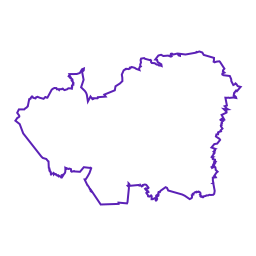 Chilpancingo de los Bravo, Guerrero, Mexico (Mercator projection)
{"feature_id": "50627088B70849430665629", "entity_name": "Chilpancingo de los Bravo", "entity_type": "district", "adm_level": 2, "iso_a3": "MEX", "parent_name": "Mexico", "parent_adm1": "Guerrero", "projection": "mercator", "projection_center": [-99.694, 17.392], "detail": "fine", "context": "isolated", "style": "outline", "palette": "violet", "viewbox_px": 256, "rotation_deg": 0, "n_neighbors": 0, "source": "geoboundaries", "source_scale": "gbopen_adm2", "svg_char_len": 5731}
<svg xmlns="http://www.w3.org/2000/svg" viewBox="0 0 256 256"><path d="M214.0,57.9L203.7,54.9L202.3,52.5L199.4,51.5L196.8,52.3L196.5,52.0L195.9,52.4L196.0,52.6L195.2,52.8L185.5,54.5L177.4,53.5L180.0,54.7L180.0,55.8L178.6,55.4L177.6,53.8L177.1,53.6L173.4,54.5L171.9,53.6L170.9,53.8L170.6,54.6L171.8,56.1L171.5,56.4L170.7,56.6L168.1,55.6L163.3,56.0L161.1,54.8L158.4,55.5L155.3,59.5L156.4,59.6L156.5,59.8L157.1,59.9L157.6,62.0L161.3,64.3L161.6,66.0L160.4,65.5L159.0,65.5L157.6,64.5L156.5,64.5L154.7,63.2L151.8,63.0L151.1,62.2L151.1,60.7L150.7,60.6L150.5,59.9L149.5,60.0L145.0,58.8L144.2,58.1L141.1,58.6L140.6,60.1L141.0,62.4L140.2,64.6L140.3,65.6L140.8,66.4L139.8,66.8L139.6,67.6L139.1,68.3L139.1,69.2L139.4,70.0L136.3,68.9L134.6,67.8L131.7,67.0L131.0,67.6L130.3,67.4L129.8,67.6L129.8,68.6L128.7,69.1L126.3,68.8L126.1,69.1L125.5,69.0L125.2,69.5L123.7,70.3L121.8,74.6L122.3,77.6L122.4,81.1L119.9,83.5L115.5,86.3L114.8,90.3L104.3,94.6L105.7,96.6L97.9,97.2L97.9,97.9L97.5,98.3L93.4,98.2L93.4,98.9L92.5,99.2L90.5,96.5L87.9,101.5L86.8,94.6L86.0,92.6L84.9,91.0L81.1,87.3L83.6,79.8L82.1,71.9L83.7,70.4L83.9,68.5L82.0,69.3L79.8,73.0L76.8,74.0L69.6,74.1L70.0,74.7L69.8,75.3L69.0,75.5L68.6,76.3L69.8,77.2L70.5,77.1L70.7,77.3L70.3,77.9L70.9,78.2L71.0,78.6L71.6,78.7L72.4,79.4L72.2,79.9L72.5,80.6L71.9,80.8L73.5,82.9L73.4,83.9L73.0,83.5L72.9,84.9L72.3,85.3L72.1,87.5L71.9,87.5L72.0,86.9L71.9,86.8L71.8,88.7L70.7,88.4L68.3,88.3L67.3,89.2L64.6,90.1L63.0,89.2L62.9,88.7L62.6,88.6L61.4,89.2L59.5,89.2L59.1,90.0L58.3,89.2L56.9,89.3L56.4,88.1L54.4,88.0L52.8,88.8L51.7,89.7L47.4,97.7L46.4,97.6L45.7,97.0L45.3,97.0L43.6,98.8L39.9,97.8L37.5,96.8L37.0,97.1L36.3,97.1L35.5,98.4L33.2,97.8L32.4,96.5L32.0,96.4L30.9,97.6L30.7,98.5L30.1,98.7L29.8,99.2L29.2,99.2L27.8,106.2L27.6,106.2L26.8,107.4L25.1,108.5L24.3,109.4L18.9,109.4L17.2,112.8L19.2,115.6L19.3,116.6L18.5,117.4L17.4,117.8L15.4,120.7L19.7,124.1L23.2,133.4L41.3,156.5L42.7,157.9L46.3,159.0L47.8,160.9L48.5,161.4L48.8,167.9L49.4,168.3L49.3,169.4L49.7,169.6L49.8,170.4L49.6,170.6L50.0,171.0L49.8,171.2L50.2,171.7L50.8,172.2L50.7,172.6L51.1,173.3L50.8,174.0L51.1,174.5L51.9,173.8L53.2,173.3L53.5,173.5L53.7,173.1L54.0,173.4L54.0,174.2L54.5,173.7L55.1,174.1L55.5,174.0L56.0,174.2L56.2,174.9L57.4,175.2L57.5,175.6L58.2,175.3L58.7,176.1L58.9,175.8L59.5,176.2L59.9,176.1L60.2,176.5L60.7,176.6L61.0,177.2L61.6,176.9L61.9,177.3L62.4,176.6L62.2,176.1L62.5,176.0L62.1,175.1L63.3,175.0L63.4,174.5L63.8,174.4L65.0,172.8L65.3,171.6L65.4,168.0L66.4,169.0L65.8,168.0L66.2,168.0L66.9,168.9L67.6,168.5L68.6,169.0L69.5,168.6L71.0,169.2L71.1,171.2L71.7,171.7L73.9,171.1L74.0,171.4L80.0,171.8L83.8,167.2L89.9,167.9L90.6,167.7L91.2,168.2L89.5,173.0L87.6,176.4L85.8,179.2L84.6,179.4L87.4,185.2L87.6,185.2L89.1,187.4L89.8,189.0L90.2,189.0L90.8,190.3L90.5,190.8L90.7,191.1L91.2,191.5L91.5,190.8L100.7,204.5L118.6,203.9L118.5,202.6L127.0,203.4L127.5,202.1L128.9,188.2L128.8,186.2L128.0,186.1L127.6,185.7L128.7,185.1L128.6,183.4L129.2,184.0L130.0,185.8L138.5,185.0L139.2,185.6L140.0,185.6L140.2,185.1L140.4,185.4L141.3,185.4L141.1,185.5L141.8,186.4L142.8,185.8L142.9,185.0L144.9,184.5L146.3,184.9L148.5,187.7L148.3,188.2L147.2,188.7L145.9,188.3L145.1,188.8L145.7,189.7L148.3,191.5L148.4,192.1L146.7,192.3L146.3,192.9L147.9,195.1L148.1,196.3L149.3,196.6L149.9,196.4L150.3,195.8L151.1,195.4L151.7,196.2L151.6,199.2L152.7,199.2L154.7,198.2L155.6,198.9L155.7,200.3L156.0,200.6L156.5,200.3L157.2,198.9L156.1,196.8L156.2,195.6L157.1,194.9L157.5,195.1L157.7,196.2L158.4,195.7L158.6,194.0L158.2,193.3L158.6,192.0L159.9,192.1L160.4,190.9L165.6,187.2L167.0,187.9L168.2,190.5L182.2,194.5L184.7,195.7L189.7,199.1L191.4,198.2L191.9,197.7L192.1,196.6L191.8,195.2L193.3,194.6L192.9,193.7L194.4,193.1L194.7,193.3L194.4,192.8L194.7,192.4L196.3,191.8L196.5,192.3L197.7,191.8L198.3,192.0L198.7,191.6L199.7,192.1L200.5,193.2L200.3,194.4L200.0,194.7L200.6,195.2L200.4,196.3L201.1,196.8L201.8,196.4L202.4,197.1L203.0,196.7L203.4,197.0L204.0,196.2L205.7,196.0L206.3,195.4L208.2,195.4L209.3,194.8L210.9,195.0L213.2,194.8L214.2,193.8L214.7,190.9L213.3,183.4L212.9,183.3L213.4,183.0L212.9,180.8L212.8,177.7L215.8,177.3L215.2,176.3L214.2,175.9L216.4,172.7L217.6,171.7L215.7,169.9L215.4,167.4L214.6,166.6L212.1,167.9L211.9,167.2L212.7,167.2L212.8,167.0L212.1,166.8L212.8,166.3L213.7,166.2L213.8,165.8L213.4,165.6L213.7,165.3L213.4,165.1L213.8,164.8L213.3,164.4L213.4,164.2L214.3,164.1L214.9,163.4L214.5,163.1L214.0,163.3L214.0,162.7L214.5,162.1L214.9,162.7L215.7,161.8L215.0,161.5L215.4,161.3L215.0,160.9L215.0,159.7L213.7,159.3L213.5,159.5L212.8,159.1L212.9,158.1L212.1,157.5L213.0,157.0L211.9,156.7L214.3,153.3L214.1,153.2L214.6,152.8L214.5,152.0L213.7,151.6L214.2,151.2L214.5,150.1L215.0,150.2L214.9,149.2L215.4,148.9L211.5,147.5L214.3,144.1L217.2,143.6L220.1,139.9L219.4,138.8L215.9,136.5L216.4,134.4L218.1,134.3L218.3,133.5L218.0,132.7L218.2,132.2L221.0,131.3L220.6,130.4L222.5,128.6L221.0,126.4L221.1,126.0L220.9,125.7L221.7,125.0L221.2,124.2L221.5,123.8L221.6,122.9L222.0,122.9L221.9,122.1L222.3,121.4L223.1,121.0L223.3,120.5L224.5,120.1L221.3,119.9L220.6,120.1L220.5,119.9L221.0,119.6L221.5,118.9L222.8,118.5L223.8,118.8L221.6,114.9L226.5,112.6L226.6,112.2L226.3,111.7L226.4,111.3L225.7,111.0L223.7,109.0L226.9,109.4L228.0,109.3L227.0,108.8L224.7,106.2L226.9,105.5L225.4,97.7L227.2,97.8L228.3,97.6L229.3,97.9L233.5,97.5L236.2,98.0L235.9,97.0L234.8,96.2L234.7,95.8L233.7,95.5L234.1,93.0L234.4,92.9L234.6,93.4L234.7,92.2L236.1,90.5L236.9,91.2L240.6,86.9L237.7,86.1L236.4,84.1L235.5,83.4L234.9,84.2L233.3,85.0L231.3,81.1L231.2,79.2L229.8,76.0L223.4,75.2L222.3,74.5L222.4,73.5L224.4,72.6L222.9,71.4L223.1,70.2L224.4,68.7L220.0,61.9L219.4,61.3L216.7,61.6L214.6,62.3L213.6,61.7L213.9,60.6L214.0,57.9Z" fill="none" stroke="#5b21b6" stroke-width="2"/></svg>